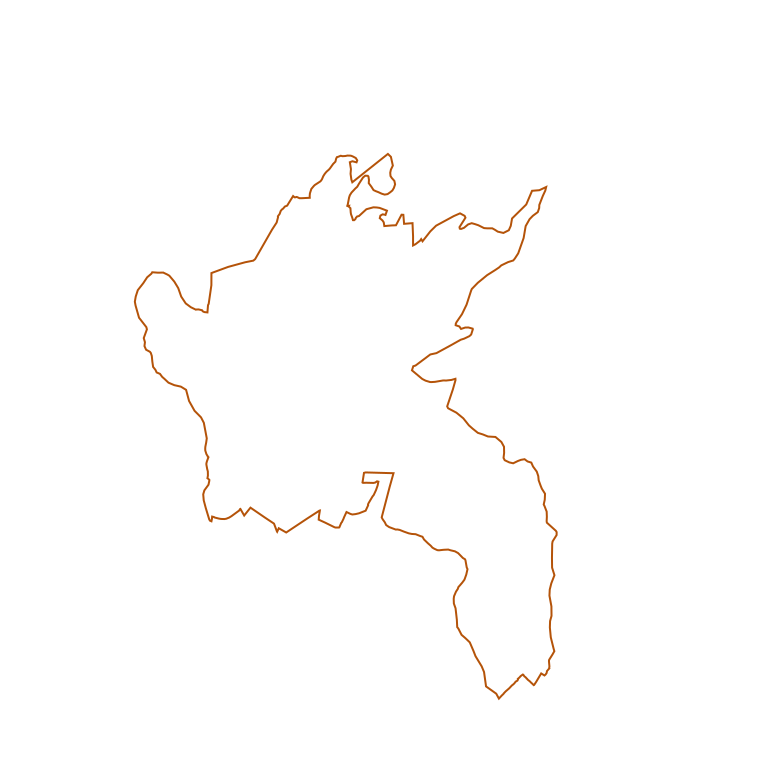 outline of Lipova, Arad, Romania, rotated 293°
{"feature_id": "2599482B25282375738521", "entity_name": "Lipova", "entity_type": "district", "adm_level": 2, "iso_a3": "ROU", "parent_name": "Romania", "parent_adm1": "Arad", "projection": "natural_earth1", "projection_center": [21.695, 46.061], "detail": "fine", "context": "isolated", "style": "outline", "palette": "amber", "viewbox_px": 768, "rotation_deg": 293, "n_neighbors": 0, "source": "geoboundaries", "source_scale": "gbopen_adm2", "svg_char_len": 6154}
<svg xmlns="http://www.w3.org/2000/svg" viewBox="0 0 768 768"><g transform="rotate(293 384 384)"><path d="M204.6,645.2L206.7,643.5L216.0,636.5L224.7,631.8L230.7,629.5L236.0,628.8L244.7,625.0L253.8,619.0L259.5,616.9L265.8,615.9L274.6,615.6L280.6,610.5L289.7,606.5L302.8,601.2L305.0,600.7L312.4,601.9L315.1,600.8L316.0,599.6L320.0,588.1L321.3,587.3L325.4,585.8L330.1,583.6L334.4,579.4L335.5,578.1L340.3,577.2L345.9,575.1L349.3,570.2L351.7,567.8L355.8,564.0L359.5,562.0L363.0,558.9L366.3,553.4L369.2,550.3L368.8,546.4L369.7,542.8L367.7,539.7L365.4,537.3L361.5,533.9L360.8,530.0L361.0,524.9L362.7,522.9L367.5,521.5L373.1,519.0L376.5,514.7L378.8,507.3L376.3,500.2L376.2,494.7L375.7,489.5L377.5,483.1L379.1,478.3L383.4,470.4L385.9,461.8L386.7,452.5L388.1,450.9L406.0,449.5L415.5,448.3L416.7,447.7L414.1,444.5L411.5,439.9L410.4,437.1L405.9,430.1L404.4,427.1L403.8,425.6L403.3,420.9L403.6,417.2L407.5,404.4L411.8,404.0L413.3,405.8L429.3,415.1L432.9,420.2L445.5,430.2L454.7,437.3L457.1,440.1L461.4,443.9L463.6,444.9L469.1,444.4L469.6,444.0L469.0,439.6L467.7,436.7L464.8,433.4L466.4,430.9L466.1,427.0L467.6,426.5L469.4,426.6L478.8,428.5L489.3,429.0L504.1,427.7L505.8,427.7L513.8,430.8L524.5,436.4L532.3,441.8L536.3,444.4L539.0,445.6L544.7,450.6L548.2,454.7L550.5,455.4L556.7,456.5L572.9,455.5L584.7,452.7L592.6,453.6L597.0,455.3L602.3,458.4L606.6,458.1L609.5,457.0L619.1,456.7L625.0,456.9L628.7,456.3L623.1,451.3L619.7,444.8L604.8,444.8L586.4,437.2L579.1,438.9L574.3,438.8L569.7,434.9L568.7,429.2L569.3,425.8L569.6,422.9L567.7,418.4L566.6,415.2L567.0,408.8L566.7,405.1L566.3,401.9L563.8,399.1L559.0,396.6L556.8,394.3L556.6,393.1L557.9,392.2L568.9,394.0L570.3,392.5L570.8,387.3L565.8,382.6L550.1,370.1L542.6,367.0L530.4,363.7L531.9,361.6L530.0,361.2L524.9,358.3L522.9,356.6L531.4,353.0L543.2,347.4L539.3,339.9L547.3,335.7L546.7,334.0L534.8,333.0L532.8,328.8L529.5,322.6L532.7,320.6L534.0,318.6L535.0,315.3L537.6,314.9L539.6,316.4L540.1,318.2L540.2,319.3L544.7,319.0L544.4,311.2L543.7,308.5L542.5,305.2L538.0,299.5L528.8,295.3L527.7,293.8L526.0,293.2L524.5,293.2L523.1,292.5L522.7,291.4L524.7,289.8L527.4,287.3L528.8,286.4L532.7,284.4L533.7,281.9L534.3,282.0L534.2,281.8L533.6,281.6L533.6,280.6L535.1,280.5L542.0,279.0L544.4,278.8L547.5,279.3L552.7,281.2L555.1,282.3L558.5,282.7L565.9,284.0L568.4,285.3L569.3,287.7L568.9,288.6L566.0,290.4L562.9,291.5L560.8,295.1L558.4,298.6L558.3,301.3L558.4,304.0L558.3,306.5L558.3,307.8L558.6,310.6L560.2,313.1L562.9,314.8L565.4,316.1L568.4,316.5L572.1,316.2L575.0,314.2L576.7,310.6L578.0,308.7L580.9,307.2L584.0,306.6L588.5,306.8L595.8,301.6L597.3,297.7L557.3,276.0L559.4,274.1L564.4,271.1L568.9,269.6L574.8,265.9L576.7,267.9L577.3,272.1L579.4,272.0L581.0,269.7L581.3,266.2L581.2,264.2L580.0,261.1L578.8,259.4L577.5,256.8L577.2,255.0L575.3,253.1L574.4,252.0L572.7,251.9L569.7,252.4L566.7,251.2L561.3,250.0L559.8,249.5L557.3,248.3L555.9,247.8L554.1,247.3L551.6,246.9L548.3,246.9L546.6,246.6L545.4,246.1L540.2,242.6L539.1,242.1L535.2,240.9L530.6,241.3L528.1,242.1L526.4,242.9L522.7,235.3L522.0,233.6L522.1,231.0L522.0,230.4L521.1,229.3L520.9,228.7L521.5,226.9L512.7,225.5L510.4,225.2L508.6,223.4L506.0,222.6L504.7,221.8L502.9,221.3L499.8,221.5L496.9,220.8L496.1,221.3L490.7,222.1L482.2,220.6L448.6,216.6L446.5,215.5L441.8,208.6L430.9,194.8L418.7,181.8L407.5,186.5L389.3,191.3L387.8,191.2L380.9,193.5L380.0,190.5L380.1,188.7L380.8,187.7L380.2,184.2L379.4,182.4L378.9,181.8L379.2,176.2L380.7,170.0L385.2,163.2L391.9,157.1L396.3,151.0L399.8,144.1L400.1,141.9L400.3,137.2L398.2,132.6L396.3,127.0L394.7,126.8L389.7,124.3L382.7,123.0L374.2,120.7L367.5,121.3L362.4,122.5L359.1,124.7L349.3,132.6L343.5,143.0L341.7,144.4L332.4,144.9L329.1,147.6L325.3,148.7L322.6,151.6L322.2,155.9L321.5,157.2L319.1,159.3L314.1,162.0L309.5,164.8L307.7,168.1L305.8,170.2L305.8,173.8L303.9,177.0L302.9,180.0L301.0,185.1L301.0,191.4L302.2,198.0L301.3,204.1L292.2,211.2L285.3,220.1L281.8,228.6L277.9,233.3L264.7,242.1L260.6,243.2L256.3,244.1L254.6,244.7L252.9,245.5L250.0,248.0L248.4,250.3L248.2,250.3L248.0,251.0L243.7,251.2L241.6,251.5L240.4,252.0L236.6,254.5L234.7,256.0L230.9,257.7L228.3,258.3L228.3,258.6L227.5,260.7L226.7,261.0L222.7,261.8L215.9,260.2L211.8,260.7L206.5,263.5L200.2,268.4L191.1,276.0L190.2,277.2L190.2,278.8L192.7,278.3L194.8,277.6L195.1,279.5L194.9,280.1L195.6,284.6L196.1,286.7L197.3,289.8L198.3,291.4L200.6,293.7L202.7,295.2L210.9,300.1L212.7,300.4L212.9,300.6L208.3,306.7L218.0,309.4L214.5,326.7L212.5,337.3L206.4,343.1L206.2,343.4L210.1,343.5L209.1,352.0L230.2,365.9L242.3,374.1L242.5,374.4L237.2,375.7L233.6,376.9L233.4,383.9L232.8,394.4L232.9,395.3L234.3,398.7L234.6,398.9L239.5,398.9L240.2,399.2L244.5,399.4L245.3,399.3L251.5,399.5L251.3,403.8L251.5,405.8L253.1,408.6L255.2,411.5L260.2,416.6L266.2,416.8L266.7,416.4L267.9,416.3L276.1,417.4L277.7,417.9L283.1,418.1L288.0,417.8L291.9,417.0L291.7,415.6L289.9,414.5L288.8,412.9L286.2,406.3L284.8,403.3L284.9,402.7L294.4,400.3L295.4,401.6L305.6,427.6L291.6,429.4L260.3,434.0L258.9,435.7L257.0,438.8L255.0,441.1L254.3,444.6L254.6,451.7L255.3,453.1L255.8,455.4L255.9,460.0L256.2,465.1L256.8,468.1L258.1,471.8L258.2,476.6L258.4,479.1L256.5,481.6L254.5,486.8L253.4,490.2L252.3,492.5L252.0,494.8L251.9,498.0L252.4,499.6L254.6,503.5L256.7,507.8L256.9,510.0L257.7,514.7L257.3,518.3L255.3,523.1L254.7,524.5L254.3,527.1L253.5,527.9L247.5,531.8L246.2,533.2L240.7,534.2L235.3,534.5L231.6,533.6L226.0,531.8L224.3,532.0L221.0,531.4L216.0,531.4L213.5,532.1L209.2,534.1L205.5,537.5L195.4,543.2L188.8,546.4L188.0,547.9L183.4,553.4L181.9,558.1L179.7,563.9L173.3,570.6L169.2,574.6L162.3,584.2L158.0,588.6L145.5,596.1L142.8,608.3L139.3,612.7L143.2,614.1L145.5,615.1L145.9,615.1L148.6,616.1L152.9,618.2L156.5,619.5L157.3,620.0L159.2,620.9L161.5,621.5L162.5,622.3L163.1,622.7L164.3,622.8L164.8,622.4L166.9,623.4L168.5,623.9L170.8,625.3L170.8,625.8L169.7,627.5L169.5,628.5L169.1,629.6L168.6,630.3L168.6,630.8L168.0,631.8L167.2,634.7L166.7,635.7L166.2,637.2L165.3,639.5L165.7,639.8L169.5,640.5L179.0,641.8L178.4,645.6L179.6,646.2L181.4,646.6L183.5,646.2L186.9,647.3L187.2,647.0L188.7,646.6L193.2,644.2L194.3,643.8L195.4,643.9L201.0,644.8L204.6,645.2Z" fill="none" stroke="#b45309" stroke-width="2"/></g></svg>